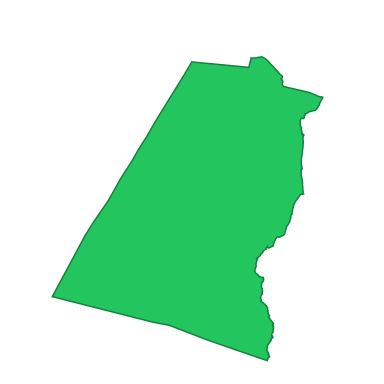 Falealili, Tuamasaga, Samoa (Robinson projection), rotated 283°
{"feature_id": "51752279B81921466612681", "entity_name": "Falealili", "entity_type": "district", "adm_level": 2, "iso_a3": "WSM", "parent_name": "Samoa", "parent_adm1": "Tuamasaga", "projection": "robinson", "projection_center": [-171.676, -13.991], "detail": "fine", "context": "isolated", "style": "filled", "palette": "green", "viewbox_px": 384, "rotation_deg": 283, "n_neighbors": 0, "source": "geoboundaries", "source_scale": "gbopen_adm2", "svg_char_len": 4037}
<svg xmlns="http://www.w3.org/2000/svg" viewBox="0 0 384 384"><g transform="rotate(283 192 192)"><path d="M86.1,86.9L58.6,79.4L56.4,182.4L57.0,200.1L51.4,239.4L48.8,263.1L44.6,303.1L46.0,303.5L47.6,303.4L48.8,304.6L49.4,304.6L50.0,303.6L50.5,303.6L50.9,303.2L51.9,303.0L52.5,302.3L52.9,302.2L52.7,301.7L53.8,301.0L54.6,300.9L55.6,300.3L57.7,300.5L58.3,300.1L60.3,300.2L61.1,300.9L61.6,300.9L62.3,301.4L63.3,301.5L64.1,302.1L65.2,302.2L65.5,302.5L65.8,302.2L66.9,302.1L67.6,302.5L67.6,302.9L68.4,303.1L68.5,303.5L69.3,303.1L69.5,302.2L70.0,302.4L70.4,301.9L71.2,301.8L72.4,301.8L74.1,302.6L75.2,302.1L76.0,301.8L76.6,302.2L78.4,301.9L78.4,301.5L79.5,301.5L79.7,301.1L80.2,301.1L80.4,300.4L81.4,300.8L81.6,300.5L82.1,300.3L82.2,300.9L82.6,300.6L82.6,300.1L82.9,300.0L84.3,298.3L85.4,297.1L86.0,296.7L86.2,296.2L86.8,295.6L87.0,295.0L87.6,294.8L88.7,295.5L89.4,294.7L89.8,294.5L90.3,293.7L90.8,293.6L91.9,293.1L92.3,293.1L92.7,292.6L93.7,292.8L94.2,292.1L94.7,291.8L95.9,291.9L96.6,291.1L97.1,290.9L97.3,290.4L97.8,290.2L98.1,289.0L99.1,288.3L99.0,287.8L99.7,287.0L100.2,286.1L100.3,285.4L100.7,284.2L101.0,284.3L101.4,283.7L102.5,283.7L103.4,282.9L103.9,283.0L104.9,282.5L105.8,282.6L107.8,283.2L108.3,283.5L110.4,282.8L111.0,282.9L112.1,282.8L112.5,282.2L113.7,282.2L113.9,281.8L114.9,281.0L116.4,280.9L118.2,280.4L118.6,280.5L118.9,280.1L119.8,280.6L120.0,281.0L120.6,281.1L120.8,281.3L122.5,281.7L122.8,281.3L123.8,281.1L124.5,280.8L124.9,280.2L124.8,279.8L124.2,279.1L124.4,278.4L124.8,277.7L125.0,276.7L124.8,276.6L125.2,275.9L125.8,275.5L126.2,274.2L126.8,273.7L127.3,272.3L128.2,271.6L128.8,271.0L129.5,271.0L130.6,270.8L132.1,270.9L134.2,271.3L135.5,270.7L137.1,270.5L138.2,270.6L139.2,270.5L141.3,271.0L141.5,270.0L141.8,269.8L142.2,270.2L143.3,271.4L143.7,271.5L144.6,272.3L145.7,272.9L146.4,272.9L147.6,273.4L148.0,273.9L148.9,274.4L150.5,274.7L151.6,275.5L152.3,276.1L153.1,277.2L153.5,276.8L154.8,277.1L155.1,277.6L155.6,277.8L154.9,278.1L154.6,278.5L154.6,279.0L155.1,279.9L156.4,281.7L157.9,283.4L158.8,283.1L159.4,283.1L161.1,283.4L162.0,283.2L163.2,283.6L163.9,283.9L164.5,283.9L167.2,284.9L167.4,285.3L167.5,287.0L168.0,287.7L169.7,289.8L170.5,290.7L171.2,291.4L171.9,291.7L172.8,291.8L173.9,291.5L175.2,291.9L177.1,291.9L177.7,292.0L178.5,291.9L179.4,292.0L180.3,292.2L182.4,293.1L184.9,293.8L188.0,293.9L188.6,294.1L190.8,293.8L192.4,293.8L192.7,294.4L194.4,294.1L198.5,294.0L201.1,294.0L204.1,294.4L205.9,294.9L210.6,296.9L212.0,297.5L214.0,298.3L214.6,299.2L214.5,299.9L215.0,300.5L215.3,301.2L215.8,300.9L217.2,300.2L219.6,299.4L221.7,298.8L223.9,298.0L224.8,297.9L226.6,297.4L228.7,296.6L230.7,295.6L233.1,294.6L234.2,294.3L237.9,293.4L238.0,293.7L238.8,294.0L239.4,294.1L240.8,293.6L243.4,292.4L245.1,291.8L247.5,291.5L248.7,291.1L249.5,291.1L251.7,290.9L254.4,290.8L257.0,290.4L257.4,290.3L260.9,290.0L264.6,289.3L265.7,289.3L267.7,288.5L268.9,288.1L271.5,287.9L271.9,287.7L272.5,286.8L272.9,288.1L273.2,287.8L273.1,287.0L274.1,285.8L274.6,285.5L275.4,285.7L276.5,284.8L277.9,284.3L279.1,284.3L279.5,283.7L280.5,283.0L282.0,282.6L282.7,282.1L282.9,282.2L284.5,281.7L286.0,281.5L287.8,281.6L288.2,281.7L288.6,282.3L288.4,283.2L288.7,284.2L289.9,284.8L290.9,284.1L291.5,284.3L292.7,285.1L293.1,285.1L293.7,284.6L294.0,284.9L294.1,285.6L296.3,287.9L296.8,288.6L297.3,289.7L298.0,290.9L299.1,293.4L299.7,294.0L300.6,294.6L301.9,295.0L302.5,295.4L304.1,295.8L305.2,296.5L307.7,296.5L308.3,296.7L311.1,297.6L311.8,297.9L313.8,298.1L313.6,293.7L315.3,284.6L315.4,257.4L316.7,256.2L317.3,255.6L318.7,255.6L319.8,255.7L320.5,255.5L321.4,254.8L322.0,253.6L322.3,253.5L323.7,254.2L324.3,254.3L325.1,254.0L325.8,253.0L326.6,251.1L328.1,249.2L328.8,248.1L331.1,244.8L337.4,235.5L338.8,232.5L338.9,231.7L339.3,230.4L339.4,229.6L337.5,224.8L336.8,223.3L336.3,221.7L336.0,220.2L336.1,219.5L326.2,219.3L318.7,162.6L304.1,157.9L253.6,140.8L235.3,135.2L227.8,132.5L221.6,130.3L209.5,126.8L188.8,119.4L164.9,112.4L140.2,102.7L125.8,97.7L112.6,94.1L103.2,91.6L86.1,86.9Z" fill="#22c55e" stroke="#15803d" stroke-width="1.5"/></g></svg>